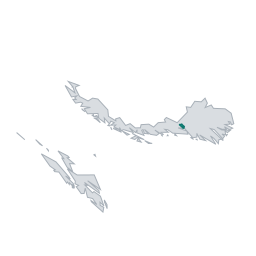 Stjørdal nor, Nord-Trøndelag, Norway shown in context, rotated 224°
{"feature_id": "86288312B10441547296233", "entity_name": "Stjørdal nor", "entity_type": "district", "adm_level": 2, "iso_a3": "NOR", "parent_name": "Norway", "parent_adm1": "Nord-Trøndelag", "projection": "natural_earth1", "projection_center": [11.003, 63.463], "detail": "fine", "context": "in_parent", "style": "filled", "palette": "teal", "viewbox_px": 256, "rotation_deg": 224, "n_neighbors": 0, "source": "geoboundaries", "source_scale": "gbopen_adm2", "svg_char_len": 4396}
<svg xmlns="http://www.w3.org/2000/svg" viewBox="0 0 256 256"><g transform="rotate(224 128 128)"><path d="M150.1,122.8L141.7,124.7L143.2,126.0L141.2,129.7L131.5,128.2L129.5,132.6L122.9,133.1L119.2,136.7L120.9,139.5L115.7,145.2L110.2,146.5L110.0,152.8L105.1,158.4L107.7,159.3L107.7,162.2L96.3,166.0L96.3,180.7L100.8,183.7L97.2,186.4L98.5,193.6L93.5,197.7L93.3,203.0L88.2,201.0L86.7,196.3L84.1,202.4L80.2,201.5L71.4,209.3L64.1,210.3L54.9,204.6L55.6,202.3L58.6,203.5L60.3,202.4L57.3,201.7L60.6,197.9L52.6,200.6L53.8,197.3L59.5,195.9L56.5,195.5L59.2,192.6L64.5,190.3L59.3,191.7L52.8,197.3L53.3,193.7L56.3,193.4L53.0,190.9L56.2,188.9L52.9,189.3L52.4,186.1L64.9,186.8L68.4,184.8L53.0,185.0L54.5,182.6L52.1,179.5L58.8,180.2L63.2,179.6L53.5,177.3L71.6,172.8L63.4,172.9L68.5,169.9L74.8,171.9L72.1,169.4L74.6,166.0L87.8,167.1L92.0,162.9L83.6,166.7L80.6,165.2L92.2,155.4L98.2,154.4L100.6,152.6L96.0,153.0L101.3,147.8L99.8,146.7L107.2,145.2L101.8,145.7L102.3,142.6L107.5,139.0L115.1,138.4L109.4,137.8L112.4,135.5L116.1,137.3L116.6,135.9L111.4,133.8L118.3,130.6L120.2,133.2L119.4,130.0L127.2,129.2L121.1,128.4L130.1,123.7L130.9,121.4L134.4,122.5L132.9,121.2L138.9,118.9L138.8,121.7L142.5,117.9L141.5,122.3L145.1,121.0L144.2,118.1L152.0,118.7L148.2,115.7L155.7,114.7L159.7,117.6L167.0,110.1L172.9,111.5L169.3,116.7L177.0,110.8L177.8,114.4L180.0,113.7L183.0,109.5L187.6,110.3L185.0,112.5L187.2,112.6L187.1,115.6L190.2,111.1L202.8,114.9L190.6,116.4L196.2,119.3L203.3,120.0L192.7,124.7L194.3,121.4L193.1,119.9L184.7,117.0L175.5,119.7L174.2,124.9L169.8,127.9L155.1,127.0L150.1,122.8ZM116.1,48.3L124.4,49.8L123.7,52.4L127.4,51.1L129.0,53.2L143.4,56.5L131.9,58.9L119.7,70.8L105.1,64.6L120.4,62.0L105.5,62.8L103.3,61.2L121.5,58.6L117.7,58.1L119.4,57.0L108.5,56.7L108.3,58.6L100.5,59.8L91.2,55.2L96.6,55.2L94.3,53.0L90.3,54.1L87.6,50.1L103.1,49.5L104.3,50.1L97.3,51.3L104.5,52.7L109.0,50.0L117.0,55.0L114.1,50.4L116.1,48.3ZM133.7,45.7L147.1,48.3L150.4,45.7L152.0,46.0L151.2,47.4L157.6,46.4L172.4,49.2L156.3,53.6L136.3,51.8L134.0,51.1L139.6,50.2L129.0,50.1L126.5,49.0L129.5,48.4L124.6,47.7L132.0,47.9L131.0,46.6L134.0,47.2L133.7,45.7ZM144.6,57.5L154.6,60.4L152.9,61.4L162.5,62.9L151.8,66.1L149.8,65.9L151.0,64.3L141.7,64.9L145.3,61.8L137.5,58.2L144.6,57.5ZM116.8,128.1L121.3,127.0L108.2,130.9L114.8,127.7L115.1,124.5L118.7,122.8L116.8,128.1ZM123.7,122.2L129.9,121.9L122.7,124.3L123.7,122.2ZM129.7,120.4L138.4,117.3L133.8,120.6L129.7,120.4ZM87.0,55.5L93.6,58.5L95.1,59.8L89.9,58.3L87.0,55.5ZM112.5,124.9L113.7,127.7L108.7,127.0L112.5,124.9ZM159.7,111.5L156.4,113.5L151.6,112.6L157.1,112.2L159.7,111.5ZM160.4,112.9L159.1,115.3L157.0,114.6L160.4,112.9ZM102.6,131.1L107.3,130.5L102.2,132.4L102.6,131.1ZM204.6,47.4L194.1,47.9L204.9,47.3L204.6,47.4ZM180.2,55.1L186.4,55.5L177.1,55.8L180.2,55.1ZM170.1,109.9L173.6,109.4L174.8,109.8L170.1,109.9ZM162.7,112.3L162.1,113.6L161.0,112.5L162.7,112.3ZM144.2,115.8L144.2,117.0L142.9,116.6L144.2,115.8ZM133.9,85.0L133.5,86.1L131.8,85.2L133.9,85.0ZM172.6,56.8L169.8,56.7L169.4,56.3L172.6,56.8ZM89.4,155.3L90.3,156.4L87.7,156.2L89.4,155.3ZM138.2,115.5L140.0,116.0L141.1,116.7L138.2,115.5ZM126.5,46.4L127.7,47.1L125.8,46.8L126.5,46.4ZM75.9,165.2L72.9,165.3L76.1,164.7L75.9,165.2ZM71.6,167.0L70.5,167.9L70.0,167.5L71.6,167.0ZM101.5,132.7L99.9,133.7L101.6,132.0L101.5,132.7ZM52.5,191.3L52.1,192.8L51.9,190.9L52.5,191.3ZM98.6,146.9L97.9,146.1L98.8,146.1L98.6,146.9ZM196.8,118.2L196.5,119.2L196.4,119.0L196.8,118.2ZM99.4,147.8L97.7,148.0L99.8,147.6L99.4,147.8ZM94.4,149.7L94.6,150.6L93.8,150.3L94.4,149.7ZM51.9,184.9L51.1,185.8L51.3,185.0L51.9,184.9Z" fill="#d9dde1" stroke="#a8b0b8" stroke-width="1"/><path d="M93.7,166.1L93.4,166.1L93.2,166.1L92.9,166.1L92.7,166.1L92.4,166.1L91.8,166.2L91.6,166.2L90.7,166.2L90.4,166.2L90.2,166.3L89.6,166.3L89.3,166.3L88.9,166.3L88.7,166.4L88.4,166.5L88.4,166.4L88.3,166.5L88.2,166.5L87.9,166.5L87.8,166.8L88.0,166.9L88.1,167.0L88.3,167.0L88.5,167.0L88.5,166.9L88.5,167.0L88.8,167.2L88.7,167.2L88.4,167.2L88.5,167.2L88.4,167.2L88.4,167.3L88.4,167.5L88.3,167.9L88.4,168.0L88.8,168.1L89.0,168.1L89.3,168.1L89.5,168.0L89.8,168.0L90.0,168.0L90.3,168.0L90.5,168.0L91.0,168.0L92.0,168.1L92.3,167.5L92.4,167.2L92.5,167.1L92.6,166.9L92.9,166.7L93.1,166.5L93.4,166.3L93.5,166.2L93.7,166.1ZM88.5,167.9L88.5,168.0L88.4,168.0L88.5,168.0L88.5,167.9L88.5,167.9ZM88.5,168.0L88.4,168.0L88.5,168.0L88.5,168.0Z" fill="#14b8a6" stroke="#0f766e" stroke-width="1.5"/></g></svg>